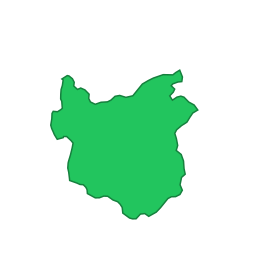 Cheongju-si, North Chungcheong, South Korea, rotated 219°
{"feature_id": "91817680B7472001038353", "entity_name": "Cheongju-si", "entity_type": "district", "adm_level": 2, "iso_a3": "KOR", "parent_name": "South Korea", "parent_adm1": "North Chungcheong", "projection": "orthographic", "projection_center": [127.531, 36.588], "detail": "fine", "context": "isolated", "style": "filled", "palette": "green", "viewbox_px": 256, "rotation_deg": 219, "n_neighbors": 0, "source": "geoboundaries", "source_scale": "gbopen_adm2", "svg_char_len": 1523}
<svg xmlns="http://www.w3.org/2000/svg" viewBox="0 0 256 256"><g transform="rotate(219 128 128)"><path d="M175.9,74.7L172.3,79.7L172.7,80.8L170.3,82.8L164.4,82.4L161.2,81.7L158.8,77.3L155.6,70.5L153.2,64.6L152.4,63.0L149.6,59.0L146.1,56.2L142.5,52.7L140.3,50.5L132.9,53.1L129.8,53.9L127.0,55.8L123.4,55.4L121.0,54.3L118.3,51.5L109.5,53.1L106.3,55.8L104.0,59.8L100.8,62.2L94.4,62.6L89.6,64.2L86.1,63.8L82.5,62.6L78.5,58.6L70.2,59.0L67.4,60.2L64.6,62.5L64.2,68.9L61.0,72.1L56.3,72.4L53.1,80.4L52.6,86.7L52.6,87.5L52.6,91.1L52.6,98.3L51.0,101.9L47.8,104.6L45.8,109.0L46.6,113.8L51.8,116.6L55.3,123.3L54.5,128.1L58.9,131.7L64.1,137.3L70.0,140.9L76.4,140.9L78.4,145.7L83.6,150.1L88.3,153.3L89.1,157.3L87.9,163.6L85.9,169.6L86.7,175.6L87.1,180.4L85.1,185.9L91.1,187.5L97.1,186.4L103.9,187.2L107.0,186.0L109.4,182.8L111.0,177.6L115.8,179.2L115.4,184.4L116.2,187.6L121.0,188.0L121.0,190.4L118.2,195.1L115.4,197.9L115.9,198.8L117.8,201.9L124.2,205.5L125.8,201.1L126.6,197.5L134.2,191.6L139.7,182.8L142.1,177.6L144.5,171.2L144.5,161.3L144.5,156.1L148.9,150.5L154.9,148.1L158.0,144.5L158.8,138.9L160.4,135.4L165.2,131.0L168.4,125.8L173.6,124.6L177.1,126.2L179.5,129.8L185.5,130.5L189.9,129.3L191.5,126.2L196.6,126.5L198.6,129.7L202.2,131.3L206.6,131.3L208.2,130.5L210.2,124.5L208.6,124.5L205.8,119.8L204.2,115.8L201.4,111.8L198.6,108.2L196.2,107.0L191.4,101.9L191.8,99.9L193.0,96.3L196.6,93.9L196.2,91.5L193.0,87.2L189.8,81.6L187.0,79.6L183.8,78.0L181.0,76.5L175.9,74.7Z" fill="#22c55e" stroke="#15803d" stroke-width="1.5"/></g></svg>